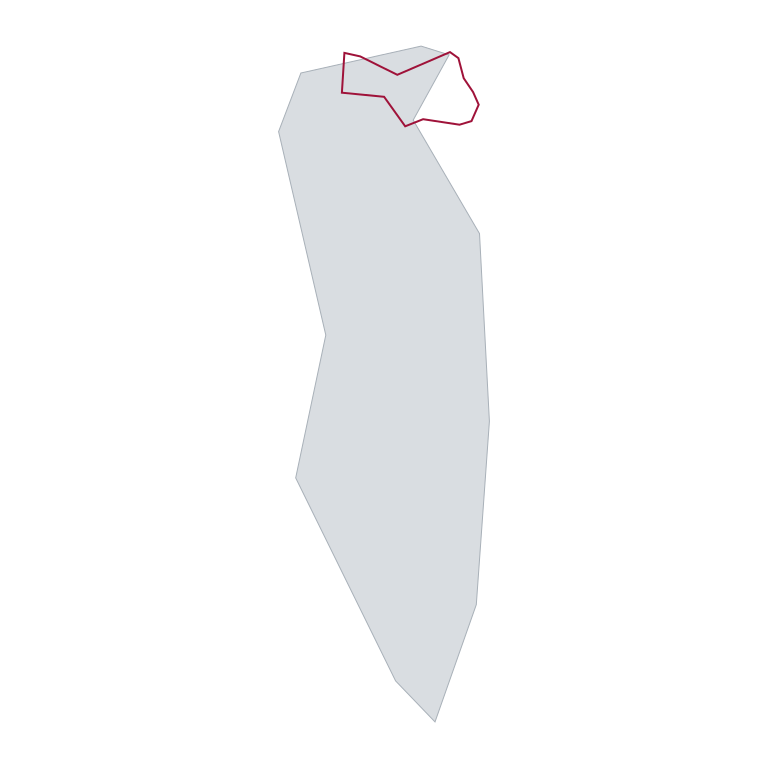 location of Al Manāmah within Bahrain
{"feature_id": "BHR-4929", "entity_name": "Al Manāmah", "entity_type": "Governorate", "adm_level": 1, "iso_a3": "BHR", "parent_name": "Bahrain", "parent_adm1": "", "projection": "natural_earth1", "projection_center": [50.561, 26.218], "detail": "fine", "context": "in_parent", "style": "outline", "palette": "rose", "viewbox_px": 768, "rotation_deg": 0, "n_neighbors": 0, "source": "natural_earth", "source_scale": "10m", "svg_char_len": 534}
<svg xmlns="http://www.w3.org/2000/svg" viewBox="0 0 768 768"><path d="M476.3,604.6L435.0,721.9L395.6,680.9L295.7,477.9L325.8,335.1L278.6,131.6L300.9,73.0L421.1,46.1L449.1,54.9L413.2,120.1L479.5,233.6L489.4,421.3L476.3,604.6Z" fill="#d9dde1" stroke="#a8b0b8" stroke-width="1"/><path d="M344.4,52.9L360.2,56.4L380.7,66.6L397.3,74.8L450.0,52.1L458.4,58.1L463.7,78.2L473.1,92.1L475.9,98.4L478.7,104.7L471.5,121.1L459.5,124.7L423.1,119.2L405.2,126.3L384.1,96.8L341.9,92.7L344.4,52.9Z" fill="none" stroke="#9f1239" stroke-width="2"/></svg>